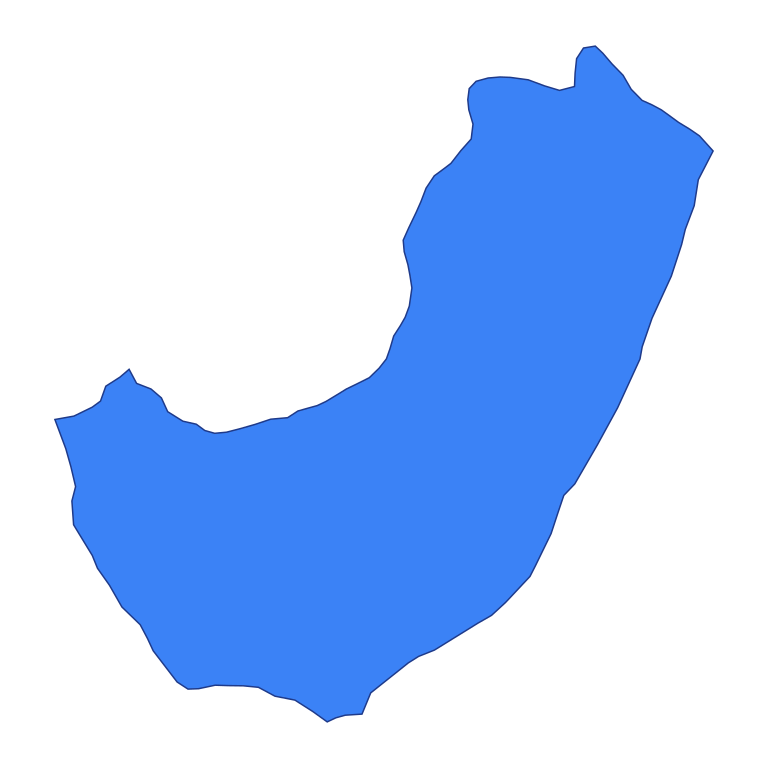 Fronteira, Minas Gerais, Brazil (Albers equal-area conic projection)
{"feature_id": "56859067B13167953379516", "entity_name": "Fronteira", "entity_type": "district", "adm_level": 2, "iso_a3": "BRA", "parent_name": "Brazil", "parent_adm1": "Minas Gerais", "projection": "albers", "projection_center": [-49.164, -20.219], "detail": "fine", "context": "isolated", "style": "filled", "palette": "blue", "viewbox_px": 768, "rotation_deg": 0, "n_neighbors": 0, "source": "geoboundaries", "source_scale": "gbopen_adm2", "svg_char_len": 1628}
<svg xmlns="http://www.w3.org/2000/svg" viewBox="0 0 768 768"><path d="M713.1,151.0L699.5,135.9L689.6,129.1L678.6,122.4L670.7,116.6L661.4,109.9L652.1,104.9L642.1,100.4L631.2,89.3L623.1,75.3L611.9,63.8L602.8,53.2L595.3,46.1L583.5,48.0L576.6,58.6L575.1,73.1L574.5,86.5L559.5,90.4L544.3,85.8L528.2,79.8L510.4,77.4L500.0,77.0L488.1,78.0L476.1,81.3L469.2,88.6L467.8,99.7L468.8,109.8L473.0,124.1L471.2,139.0L460.8,150.7L450.9,163.4L442.6,169.7L434.3,175.8L426.1,188.1L420.9,201.7L416.2,212.3L408.7,227.9L403.2,240.2L404.2,251.7L407.9,264.6L409.9,275.2L411.9,288.0L409.3,306.1L405.2,317.2L400.4,325.6L393.7,336.0L390.0,348.7L386.4,358.9L379.1,368.2L369.3,377.7L356.7,384.0L346.4,389.0L336.0,395.4L325.9,401.5L317.2,405.6L307.8,408.2L297.9,411.0L287.6,417.7L270.7,419.2L255.1,424.4L239.7,428.8L226.5,432.2L214.7,433.3L204.8,430.5L196.3,424.2L182.9,421.2L167.7,411.7L161.4,397.9L151.0,389.0L136.6,383.4L129.1,369.3L120.0,377.1L105.8,386.2L100.5,401.1L92.2,407.2L73.9,416.1L54.9,419.5L65.8,448.7L70.9,466.7L75.6,486.6L71.9,501.0L73.6,524.8L92.3,555.5L97.5,568.3L109.5,585.3L121.9,607.0L140.2,624.7L147.5,638.5L153.2,650.8L177.1,682.0L188.0,689.1L198.6,688.7L215.2,685.2L228.2,685.6L243.2,685.8L258.4,687.3L275.0,696.2L294.9,700.1L313.2,711.8L327.2,721.9L335.9,717.8L345.2,715.2L362.0,714.1L370.7,692.9L408.3,662.9L418.6,656.4L434.4,650.1L478.0,623.1L491.6,615.3L505.6,602.4L530.0,576.4L535.4,565.8L551.1,533.6L558.2,512.0L563.8,495.4L574.8,483.9L597.3,445.0L617.6,407.8L640.0,359.0L642.2,346.8L652.0,318.3L671.3,276.2L681.6,244.6L685.3,229.3L694.2,205.7L698.3,179.7L713.1,151.0Z" fill="#3b82f6" stroke="#1e3a8a" stroke-width="1.5"/></svg>